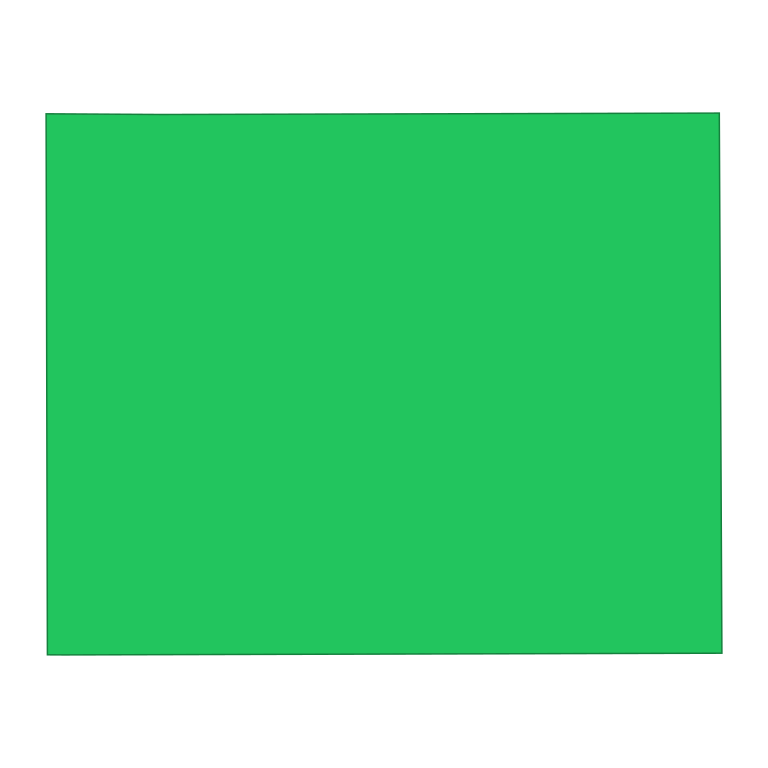 Blaine, Nebraska, United States of America
{"feature_id": "52423323B26026520700604", "entity_name": "Blaine", "entity_type": "district", "adm_level": 2, "iso_a3": "USA", "parent_name": "United States of America", "parent_adm1": "Nebraska", "projection": "orthographic", "projection_center": [-100.085, 41.913], "detail": "fine", "context": "isolated", "style": "filled", "palette": "green", "viewbox_px": 768, "rotation_deg": 0, "n_neighbors": 0, "source": "geoboundaries", "source_scale": "gbopen_adm2", "svg_char_len": 212}
<svg xmlns="http://www.w3.org/2000/svg" viewBox="0 0 768 768"><path d="M46.1,113.8L47.4,654.8L64.0,654.9L721.9,653.2L719.3,113.1L162.0,114.5L46.1,113.8Z" fill="#22c55e" stroke="#15803d" stroke-width="1.5"/></svg>